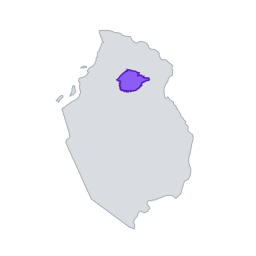 Ulanga, Morogoro, United Republic of Tanzania shown in context, rotated 217°
{"feature_id": "72390352B93515871634078", "entity_name": "Ulanga", "entity_type": "district", "adm_level": 2, "iso_a3": "TZA", "parent_name": "United Republic of Tanzania", "parent_adm1": "Morogoro", "projection": "albers", "projection_center": [36.287, -9.043], "detail": "fine", "context": "in_parent", "style": "filled", "palette": "violet", "viewbox_px": 256, "rotation_deg": 217, "n_neighbors": 0, "source": "geoboundaries", "source_scale": "gbopen_adm2", "svg_char_len": 7542}
<svg xmlns="http://www.w3.org/2000/svg" viewBox="0 0 256 256"><g transform="rotate(217 128 128)"><path d="M100.0,173.0L97.6,171.7L95.4,171.0L93.7,170.2L92.9,169.3L91.2,169.0L89.8,168.9L88.4,168.2L85.7,167.9L85.4,167.4L85.3,166.3L84.8,166.0L83.9,165.7L82.8,165.7L82.1,165.9L81.7,165.8L80.9,165.2L80.0,164.3L79.7,163.0L78.4,162.1L77.0,161.4L73.0,161.6L72.3,161.4L71.4,160.7L70.3,159.6L69.3,158.3L68.5,156.5L67.7,154.1L62.9,144.7L62.4,142.9L61.5,140.9L60.0,138.5L58.4,136.7L56.3,135.1L53.8,133.5L52.5,132.4L49.9,128.0L49.4,125.9L49.0,123.8L49.1,122.9L50.6,120.1L50.8,119.3L50.5,118.2L49.7,116.0L48.7,113.3L46.7,108.5L46.4,107.2L46.4,106.3L47.4,101.3L47.4,100.6L52.0,100.6L55.4,98.4L58.3,95.1L58.9,93.7L60.0,91.6L61.2,90.5L61.6,89.8L62.3,87.7L63.8,86.2L65.3,85.1L65.0,84.4L65.2,84.1L66.0,83.5L67.6,83.0L67.9,81.9L67.9,80.7L67.6,80.0L67.7,79.2L67.4,78.7L66.4,78.6L64.8,78.0L63.5,77.8L62.6,77.5L62.2,77.2L62.1,76.5L62.8,74.5L62.0,73.8L63.6,70.6L63.9,70.2L64.5,70.2L65.4,69.8L66.3,69.6L67.0,69.7L67.5,69.6L68.0,69.2L68.4,68.2L68.6,66.4L68.4,64.9L67.8,63.8L67.5,62.1L67.8,59.8L67.6,57.9L66.8,56.4L66.0,55.5L64.8,55.1L63.0,52.8L62.4,51.7L62.5,50.9L63.1,50.6L64.3,50.7L65.4,50.4L66.4,49.8L67.4,49.6L67.9,49.7L114.6,49.2L169.1,79.0L169.3,79.4L169.8,82.0L169.7,82.9L168.8,84.4L168.6,85.1L168.6,85.7L168.8,85.9L169.5,86.0L170.1,86.3L170.3,86.6L170.8,87.7L171.4,88.3L191.8,103.2L192.3,103.4L192.0,104.6L190.8,107.6L190.7,108.9L190.3,110.3L189.8,111.3L188.6,115.5L187.6,117.1L186.2,120.8L186.0,123.6L186.7,125.6L187.0,127.5L188.6,129.3L189.8,130.0L190.7,130.8L192.2,132.8L193.0,134.7L195.7,135.6L196.8,137.8L196.4,139.3L195.1,140.5L193.9,142.5L192.9,145.0L192.9,149.0L193.5,148.4L195.0,149.4L195.1,152.4L193.6,155.8L193.1,157.3L193.1,158.7L194.1,162.8L195.7,164.9L195.6,165.6L195.1,166.1L197.9,169.8L197.6,173.0L198.6,175.5L199.1,177.7L199.7,179.3L199.9,180.5L199.0,181.7L201.0,182.1L202.2,183.1L202.7,184.1L204.2,184.1L205.0,184.8L206.1,185.4L208.6,187.1L209.2,187.9L209.6,188.7L202.7,193.9L200.2,195.2L198.4,195.8L196.5,196.2L194.7,197.0L193.0,198.2L190.8,198.9L188.1,198.9L185.3,199.8L180.9,202.4L178.4,200.9L176.4,200.4L174.1,200.5L172.7,200.7L172.2,201.0L171.7,201.9L171.3,203.4L169.8,204.9L167.2,206.2L164.7,206.8L162.5,206.4L161.0,205.8L160.2,205.0L159.0,204.6L157.5,204.7L156.0,205.3L154.6,206.4L152.4,206.8L149.3,206.7L147.6,206.1L147.4,205.2L146.0,204.2L143.6,203.0L141.8,202.9L140.6,204.1L139.5,204.8L138.6,205.2L137.7,205.2L136.4,204.9L133.0,204.8L129.8,204.8L129.5,203.1L128.8,202.1L128.2,201.5L127.1,201.3L126.8,200.9L126.4,199.8L125.9,198.9L125.1,198.2L124.7,197.5L124.5,196.9L124.6,196.2L125.3,194.4L125.5,193.2L125.4,192.0L125.1,190.8L124.3,189.3L124.4,188.9L124.1,187.9L124.1,187.2L124.2,186.3L124.1,185.1L123.4,182.6L123.4,182.0L122.7,180.8L120.5,178.0L120.4,177.6L117.0,174.8L115.7,174.2L115.2,174.7L115.0,175.2L115.1,176.1L115.1,176.6L114.9,176.8L114.1,176.7L113.6,176.6L112.3,175.9L111.3,175.7L108.9,175.9L108.0,176.0L107.3,175.9L106.0,174.6L104.4,174.3L103.1,174.3L100.8,172.8L100.0,173.0ZM196.2,125.3L197.3,128.4L197.1,129.0L196.3,129.3L195.9,129.4L195.4,128.9L195.1,127.8L194.5,128.1L193.5,126.8L192.4,126.7L191.5,125.2L191.9,123.9L191.7,121.6L192.8,120.5L193.5,118.6L194.2,119.9L194.3,122.0L195.2,124.4L196.2,125.3ZM201.8,106.6L201.8,107.4L201.6,108.1L201.6,110.3L201.5,111.8L200.7,113.8L200.0,114.5L199.4,114.3L198.9,114.0L198.5,113.4L199.3,109.7L198.9,106.9L200.5,107.2L201.8,106.6ZM199.1,151.9L198.3,152.1L198.0,151.9L197.5,151.3L198.3,150.7L199.2,149.7L201.1,148.3L202.0,147.1L201.8,148.2L200.7,150.8L199.8,150.9L199.1,151.9Z" fill="#d9dde1" stroke="#a8b0b8" stroke-width="1"/><path d="M165.8,159.8L163.8,159.9L163.6,159.9L163.4,159.9L163.2,160.2L163.1,160.5L162.9,160.6L162.7,160.7L162.4,160.8L161.9,160.5L161.7,160.4L161.5,159.8L161.7,159.1L161.5,158.9L161.6,158.3L161.4,158.1L161.2,158.1L160.9,158.3L160.8,158.5L160.7,158.5L160.6,158.4L160.5,158.2L160.4,157.9L160.4,157.0L160.3,156.6L159.9,156.4L158.9,156.4L158.8,156.1L158.7,156.1L158.3,156.0L158.2,155.6L157.9,155.6L158.0,155.1L157.9,155.0L158.0,155.0L158.0,154.9L157.9,154.7L157.7,154.6L157.8,154.6L157.7,154.5L157.5,154.4L157.3,154.5L157.2,154.4L157.0,154.5L156.8,154.4L156.7,154.5L156.5,154.4L156.5,154.6L156.4,154.6L156.0,154.7L155.9,154.7L155.7,154.8L155.6,154.7L155.3,154.8L155.2,154.7L155.0,154.8L154.9,154.9L154.9,154.7L154.7,154.8L154.4,154.9L154.4,155.1L154.2,155.1L153.8,155.1L153.7,155.0L153.3,155.2L153.3,155.4L153.1,155.5L152.9,155.4L152.9,155.7L152.8,155.8L152.7,155.8L152.6,156.1L152.3,155.9L152.2,156.0L152.2,155.9L152.0,156.0L151.8,156.0L151.5,156.3L151.4,156.5L151.3,156.4L151.3,156.5L151.2,156.6L150.9,156.6L150.9,156.8L150.6,156.9L150.3,156.9L150.4,157.0L150.2,157.0L150.3,157.1L150.1,157.1L150.0,157.3L150.0,157.6L150.0,157.8L149.9,157.9L150.0,157.9L149.8,157.9L149.6,158.1L149.4,158.3L149.1,158.5L148.9,158.6L148.7,158.7L148.7,158.8L148.4,158.7L148.4,158.8L148.3,158.7L148.2,158.6L147.8,158.8L147.8,159.0L147.7,159.2L147.7,159.3L147.6,159.5L147.3,159.9L147.2,159.9L147.2,160.2L146.8,160.4L146.8,160.5L146.7,160.6L146.2,160.9L146.0,161.1L145.9,161.1L145.9,161.3L145.7,161.3L145.4,161.7L144.9,162.2L144.8,162.4L144.8,162.5L144.7,162.6L144.7,162.8L144.6,163.0L144.4,163.1L144.5,163.3L144.3,163.7L144.3,163.9L144.1,164.1L144.1,164.4L144.0,164.8L143.9,164.9L144.0,165.0L143.9,165.2L143.8,165.3L143.6,165.7L143.5,165.8L143.6,166.0L143.5,166.4L143.4,166.5L143.2,166.8L143.1,167.0L143.1,167.3L143.1,167.5L143.3,167.6L143.3,167.8L143.4,168.0L143.5,168.2L143.4,168.3L143.5,168.4L143.5,168.5L143.6,168.8L143.5,169.0L143.6,169.6L143.1,169.9L143.2,170.0L143.0,170.4L142.9,170.3L142.9,170.5L143.4,170.4L143.5,170.5L143.6,170.8L143.6,171.1L143.6,171.3L143.7,171.5L143.6,171.8L143.7,172.1L144.0,172.4L144.0,172.7L144.0,173.0L143.9,173.4L143.8,173.5L143.6,173.6L143.2,173.8L143.2,174.1L143.0,174.3L142.6,174.9L142.5,175.3L142.4,175.8L142.2,176.2L142.1,176.7L141.7,177.0L141.6,177.3L141.2,177.6L140.9,177.8L140.8,178.0L140.7,178.0L140.4,178.5L140.2,178.6L140.1,178.8L140.1,179.0L140.3,179.2L140.3,179.6L140.5,179.6L140.7,179.8L140.9,179.8L141.0,180.0L141.3,180.3L141.5,180.3L142.0,180.0L142.6,179.8L143.2,179.1L143.7,178.7L143.9,178.5L144.0,178.6L144.2,178.4L144.6,178.2L144.8,178.2L145.1,178.0L145.1,177.9L145.3,177.9L145.5,177.6L145.8,177.6L145.9,177.9L146.0,178.0L146.0,177.9L146.0,178.0L146.3,178.3L146.5,178.3L146.6,178.2L146.6,178.3L146.7,178.2L146.8,178.3L146.9,178.2L147.0,178.2L147.3,178.0L147.5,178.1L148.1,178.0L148.3,178.0L148.5,178.1L148.8,178.1L149.0,178.2L149.3,178.1L149.5,177.9L149.6,177.5L149.7,177.4L150.4,177.2L150.6,177.0L150.7,176.9L150.8,176.9L150.8,176.7L151.0,176.6L151.0,176.4L151.3,176.2L151.4,175.8L151.4,175.7L151.6,175.7L151.6,175.9L151.6,176.3L151.4,176.4L151.5,176.4L151.4,176.5L151.5,176.6L151.4,176.6L151.6,176.9L151.8,176.9L151.9,177.1L152.1,177.3L152.1,177.5L152.1,177.8L152.2,178.1L152.3,178.8L152.7,178.7L153.0,178.6L153.4,178.3L153.6,177.9L154.2,177.9L154.5,177.8L154.8,177.8L155.1,177.9L155.5,177.9L156.0,177.8L157.9,176.8L159.3,176.1L160.9,175.6L161.1,175.5L161.4,175.4L163.0,174.5L163.3,174.1L163.5,174.1L163.3,173.9L163.4,173.6L163.6,173.6L163.4,173.5L163.5,173.4L163.5,173.2L163.6,172.8L163.4,172.8L163.5,172.7L163.5,172.4L163.5,172.5L163.5,172.4L163.4,172.3L163.5,172.2L163.7,171.9L163.8,171.9L163.8,171.6L164.0,171.5L164.0,171.3L164.1,171.2L164.2,170.9L164.3,170.8L164.3,170.7L164.2,170.5L164.3,170.3L164.3,169.8L164.5,169.5L164.8,168.8L164.9,168.3L165.0,167.0L165.3,165.4L165.4,164.1L165.4,163.8L165.3,163.0L165.3,162.2L165.4,161.5L165.7,160.2L165.8,159.8Z" fill="#8b5cf6" stroke="#5b21b6" stroke-width="1.5"/></g></svg>